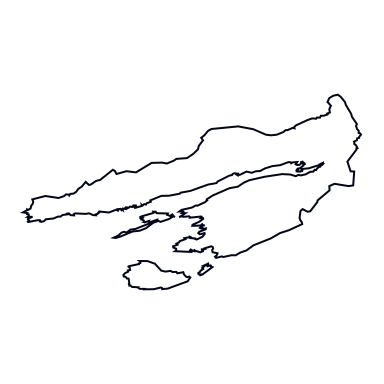 outline of Molde nor, Møre og Romsdal, Norway
{"feature_id": "86288312B46732094957179", "entity_name": "Molde nor", "entity_type": "district", "adm_level": 2, "iso_a3": "NOR", "parent_name": "Norway", "parent_adm1": "Møre og Romsdal", "projection": "orthographic", "projection_center": [7.48, 62.76], "detail": "fine", "context": "isolated", "style": "outline", "palette": "ink", "viewbox_px": 384, "rotation_deg": 0, "n_neighbors": 0, "source": "geoboundaries", "source_scale": "gbopen_adm2", "svg_char_len": 6061}
<svg xmlns="http://www.w3.org/2000/svg" viewBox="0 0 384 384"><path d="M32.3,199.4L33.3,201.9L32.6,204.0L31.2,205.7L30.6,208.5L28.3,209.8L27.2,209.4L27.3,210.1L23.0,212.4L27.5,213.1L27.2,214.2L28.6,214.4L28.9,215.9L27.6,216.9L32.5,216.8L28.0,218.8L27.9,219.5L29.2,220.7L27.9,221.7L28.2,222.0L37.8,220.2L40.0,220.2L40.3,220.5L40.0,221.5L41.6,221.9L44.2,221.0L45.8,219.3L53.5,218.5L57.9,216.6L60.5,216.6L62.6,215.0L67.8,214.3L66.8,213.8L67.3,213.5L68.9,213.4L70.5,215.1L74.1,215.4L73.8,214.2L75.1,213.4L85.9,213.9L89.1,213.3L93.0,215.1L96.0,215.3L95.7,214.4L97.4,213.8L97.0,214.4L98.7,212.9L98.3,212.7L99.2,211.5L108.9,212.5L116.7,209.5L117.2,210.3L118.9,211.1L117.8,210.4L117.5,209.2L120.5,208.9L121.3,210.1L120.9,210.4L121.6,210.3L122.2,209.3L122.6,209.7L122.4,208.9L122.7,208.5L125.0,209.0L124.8,208.3L125.3,207.9L126.7,208.8L127.1,208.5L126.8,207.4L128.6,207.8L129.9,206.6L132.3,207.0L133.3,205.5L136.7,205.4L133.8,206.6L135.0,207.9L142.0,205.9L141.8,205.0L142.4,205.6L144.2,204.1L145.9,204.6L146.8,203.2L150.8,201.8L150.3,200.4L161.3,195.9L169.1,195.7L179.8,193.7L180.5,192.7L190.4,190.9L208.3,184.5L216.5,183.1L217.6,181.5L229.6,175.5L232.0,175.1L232.6,174.0L234.3,173.3L235.6,173.3L236.2,174.4L236.7,174.7L236.2,173.7L238.0,173.7L237.8,174.4L238.2,174.8L239.7,174.9L246.5,171.6L251.8,172.8L255.7,171.3L260.1,171.0L265.0,168.4L272.4,166.1L280.0,165.2L288.5,162.1L290.5,162.3L291.2,163.3L291.9,162.8L291.7,162.5L297.2,162.0L295.7,164.3L297.3,165.0L299.5,164.8L301.3,163.3L301.0,162.2L301.9,161.9L301.7,162.8L303.0,162.2L304.6,163.4L304.8,164.0L303.2,164.3L303.5,165.4L300.0,168.2L297.6,168.7L296.7,170.0L297.8,170.2L297.0,171.4L300.1,171.7L300.1,172.4L300.7,170.8L301.9,171.0L301.7,170.1L302.3,169.9L301.8,169.0L308.9,168.3L317.3,165.6L319.0,166.2L318.7,165.7L319.2,164.6L322.8,162.8L322.7,163.4L323.3,163.6L322.1,165.0L320.8,164.8L321.5,165.3L317.2,168.3L316.1,170.1L314.6,169.8L313.4,171.6L310.3,171.8L305.5,174.4L300.8,175.4L298.4,174.9L295.8,176.2L290.2,174.5L282.2,174.1L264.9,176.7L249.4,180.2L243.9,182.6L237.8,186.7L229.4,188.2L212.7,195.5L206.8,199.3L206.6,200.0L207.1,200.4L205.0,202.2L197.4,205.7L196.0,205.4L191.8,207.6L181.5,209.9L179.4,211.5L182.7,211.2L183.3,211.7L181.9,213.0L185.4,213.2L179.2,217.2L182.7,215.9L183.2,216.8L189.2,216.3L190.0,216.9L189.8,217.7L201.2,216.5L201.9,217.2L200.9,218.1L203.0,218.1L203.2,218.9L199.3,221.7L192.5,224.8L192.3,225.9L200.8,225.5L202.1,224.2L202.8,225.2L204.8,225.4L202.5,225.6L199.9,227.9L201.1,228.5L203.5,227.6L202.6,228.3L202.6,229.2L205.9,228.4L205.7,229.3L199.4,231.7L198.3,233.1L199.9,234.3L204.5,233.1L204.7,234.0L202.4,236.8L196.7,239.5L195.3,239.1L195.3,238.5L190.8,238.1L191.7,236.6L191.1,237.5L189.5,236.6L189.3,237.3L184.4,238.1L185.3,239.2L179.8,241.1L179.0,242.4L176.5,243.6L177.5,244.7L173.1,246.3L173.3,247.5L176.1,248.7L176.3,250.5L175.2,251.2L190.1,251.9L189.6,251.5L190.0,250.4L191.4,250.8L191.3,249.9L192.8,250.8L194.1,250.3L194.1,251.2L194.8,251.4L195.2,250.7L200.3,252.3L203.0,251.2L203.2,250.1L201.8,249.9L201.8,249.3L205.1,249.0L204.7,248.3L211.3,246.3L212.8,247.1L213.1,248.8L212.1,250.0L212.6,252.2L217.5,253.3L216.6,255.4L215.0,256.7L216.0,257.9L221.9,256.4L223.3,257.0L231.7,255.2L235.7,255.3L240.2,252.6L246.5,250.4L253.5,245.3L270.6,238.5L280.2,233.0L289.0,230.2L302.2,224.1L301.8,222.2L300.2,220.0L299.6,217.9L300.5,211.0L302.6,209.1L307.5,211.7L310.2,211.3L317.3,202.1L317.6,200.4L329.6,190.3L329.3,186.1L334.5,183.8L348.6,186.1L353.2,185.4L354.2,171.5L350.6,171.3L347.4,161.6L356.4,149.7L356.5,148.2L357.4,148.1L356.0,145.2L354.3,144.0L354.4,142.9L354.0,141.6L356.9,140.2L357.2,138.3L359.1,137.9L359.0,137.1L361.0,134.6L359.9,133.2L358.7,133.0L358.7,130.8L357.1,129.1L356.0,125.8L356.9,124.1L351.9,116.7L351.2,113.9L345.8,104.8L345.0,102.1L340.6,96.7L337.9,94.7L333.3,95.7L329.3,98.1L327.5,102.0L330.9,105.7L329.3,109.3L329.9,112.5L327.3,113.5L327.8,114.1L327.3,114.6L323.4,115.8L320.9,115.7L320.0,117.6L316.8,117.6L316.2,118.7L312.2,118.4L307.4,120.1L295.9,125.4L294.2,127.1L294.5,128.3L292.6,127.9L287.6,130.1L285.7,130.1L283.2,132.1L276.8,134.7L271.0,135.3L266.0,134.7L253.2,129.2L238.2,126.4L211.5,129.0L208.1,130.8L204.5,135.2L201.2,137.8L203.0,140.3L198.8,145.9L198.0,149.3L193.1,154.0L186.9,158.1L176.3,158.9L173.8,160.7L166.9,163.5L162.0,162.6L151.6,162.9L136.0,172.4L126.5,171.2L116.5,174.0L114.9,171.0L112.8,169.8L100.2,179.9L95.9,181.0L90.7,184.6L88.9,184.9L85.7,181.9L81.8,186.6L78.3,188.9L76.3,191.7L73.6,193.6L70.3,193.9L69.3,195.3L69.1,194.6L66.0,194.4L64.1,196.1L58.5,198.0L45.4,196.0L32.3,199.4ZM147.5,261.1L139.7,261.0L140.6,261.6L140.4,263.0L138.9,263.4L138.9,264.1L128.9,266.2L128.5,266.6L129.6,267.4L130.1,269.9L128.1,270.4L128.5,270.8L128.2,271.7L125.1,273.1L123.4,274.9L123.8,276.5L125.6,276.8L127.0,278.5L128.6,278.6L129.3,283.2L128.8,283.9L129.4,285.7L130.5,285.4L131.9,286.9L138.3,287.3L138.1,287.7L139.5,288.8L144.6,288.9L144.4,289.3L153.9,289.2L160.7,287.5L162.0,288.0L162.1,289.1L167.7,288.6L187.7,281.3L190.3,277.4L189.1,276.5L187.4,277.2L186.0,276.6L184.0,274.4L183.3,272.2L177.3,273.3L176.4,271.9L172.4,272.0L170.6,270.9L165.3,271.6L161.2,270.6L154.9,263.7L147.5,261.1ZM154.8,211.7L153.2,211.7L153.6,212.6L153.2,213.0L141.1,216.5L140.5,216.9L140.8,217.1L140.5,217.8L142.3,217.9L141.5,218.6L142.2,218.8L141.6,219.6L143.5,220.2L144.4,221.7L143.9,222.0L144.5,222.1L143.9,222.6L148.8,221.0L148.4,221.8L149.7,222.3L157.3,219.6L157.2,220.4L135.3,229.0L130.4,229.6L128.1,231.4L130.8,231.5L127.8,232.9L124.3,231.8L121.7,232.5L118.2,235.6L113.6,237.7L115.6,238.0L120.1,236.7L132.6,231.5L139.8,230.7L146.0,228.2L153.2,222.8L158.5,220.9L160.4,221.9L168.8,219.1L173.3,216.4L175.1,216.8L172.3,215.7L172.1,215.2L172.6,214.7L172.3,214.4L171.3,215.0L171.5,215.5L171.0,216.0L170.2,216.0L167.1,214.8L167.8,213.5L156.8,213.2L155.9,212.1L154.5,212.3L154.8,211.7ZM208.4,264.9L208.2,263.6L203.4,265.8L204.5,266.1L202.2,268.0L203.2,269.0L200.4,270.8L200.3,271.7L198.3,273.0L198.3,273.7L199.3,274.6L200.6,274.4L200.6,275.1L202.6,274.4L212.4,267.1L210.9,266.6L210.9,265.6L210.4,265.4L206.7,266.5L208.4,264.9Z" fill="none" stroke="#020617" stroke-width="2"/></svg>